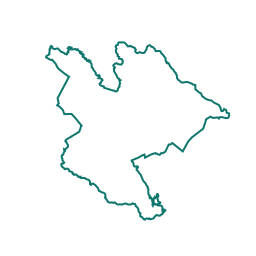 outline of Asūnes pag., Dagdas, Latvia, rotated 193°
{"feature_id": "27541924B76064426584582", "entity_name": "Asūnes pag.", "entity_type": "district", "adm_level": 2, "iso_a3": "LVA", "parent_name": "Latvia", "parent_adm1": "Dagdas", "projection": "albers", "projection_center": [27.598, 56.039], "detail": "fine", "context": "isolated", "style": "outline", "palette": "teal", "viewbox_px": 256, "rotation_deg": 193, "n_neighbors": 0, "source": "geoboundaries", "source_scale": "gbopen_adm2", "svg_char_len": 5773}
<svg xmlns="http://www.w3.org/2000/svg" viewBox="0 0 256 256"><g transform="rotate(193 128 128)"><path d="M203.3,141.2L201.0,136.4L202.1,134.2L199.8,133.5L196.7,131.7L195.4,130.7L193.2,127.2L186.1,129.0L180.9,125.4L173.8,119.8L174.3,119.5L174.2,117.3L174.7,113.3L185.8,102.6L186.1,101.8L185.9,100.8L184.9,100.7L184.4,99.6L182.6,97.8L182.3,96.8L182.5,95.7L184.1,93.7L184.2,92.1L185.4,92.7L184.7,90.8L185.2,88.7L185.1,87.5L186.1,86.9L186.3,85.8L186.0,84.5L184.9,83.3L184.8,82.0L182.5,80.0L183.0,79.5L182.9,78.9L184.6,78.4L184.9,77.8L184.4,76.4L183.3,75.3L181.9,74.8L180.4,73.7L179.6,73.9L179.1,74.5L177.5,74.8L176.1,73.9L175.4,72.6L173.2,72.7L171.8,72.0L171.9,71.4L171.5,70.8L170.5,70.8L170.0,70.2L169.1,70.8L167.8,71.0L165.8,69.4L165.2,69.8L164.5,69.2L163.4,69.7L163.5,69.0L162.7,68.7L158.9,69.6L157.3,68.8L154.5,68.6L153.0,67.1L152.5,65.8L152.4,64.8L151.8,64.3L151.2,64.3L150.7,65.4L149.6,66.0L147.0,65.0L143.6,62.6L142.1,60.2L141.0,60.2L139.2,59.3L137.3,59.5L135.6,58.7L135.0,57.9L134.7,55.6L134.2,55.2L134.5,54.8L133.8,54.1L132.1,52.9L130.9,51.4L128.5,51.2L126.9,52.0L125.4,51.7L124.2,52.6L122.2,51.4L120.4,51.2L118.6,51.9L117.1,51.9L113.5,53.9L110.5,53.5L107.5,54.4L106.5,55.7L105.2,55.3L103.9,55.5L103.4,54.9L102.8,53.5L101.2,52.8L100.0,51.8L98.7,48.8L96.7,47.6L96.6,47.4L96.8,46.6L96.3,46.0L96.3,45.0L96.0,44.6L94.1,44.3L92.3,42.8L91.2,42.4L90.8,42.6L90.5,43.5L89.4,44.1L87.2,44.0L86.8,44.7L85.7,44.1L83.0,45.5L82.5,46.1L82.5,46.6L82.1,46.9L81.8,48.1L80.4,49.8L78.7,49.4L77.0,49.9L76.3,51.1L75.2,51.7L74.9,52.8L75.7,54.8L74.1,54.3L73.1,56.2L73.9,56.7L75.3,56.6L76.3,57.2L76.5,57.5L76.6,58.6L77.9,59.8L82.0,59.3L82.3,60.0L82.3,60.3L80.0,61.7L79.8,62.7L82.0,63.1L82.3,64.0L83.3,65.5L83.5,66.4L83.1,68.9L84.4,70.4L84.7,70.3L85.0,69.4L84.7,68.3L86.0,65.4L86.3,65.3L86.7,66.0L87.0,64.5L87.7,64.6L87.9,64.3L86.6,62.7L86.8,61.7L86.3,61.4L86.3,61.0L84.8,60.1L83.6,60.0L84.0,59.6L86.0,59.4L86.2,59.0L86.3,57.9L87.0,58.7L87.0,59.1L86.6,59.3L87.0,60.9L87.7,61.7L88.4,63.3L90.1,65.6L90.5,65.7L91.0,64.7L91.5,65.2L91.6,65.5L91.3,66.2L91.7,67.2L93.0,67.7L93.9,70.3L94.3,72.8L95.4,73.9L95.3,74.6L95.6,75.1L97.4,76.6L98.4,78.0L101.2,79.9L105.3,85.5L106.3,86.0L109.1,88.6L110.3,89.2L110.4,90.7L109.4,91.7L109.8,92.6L110.8,92.7L112.7,91.9L113.5,92.2L114.2,93.2L114.6,94.6L115.9,96.1L116.5,96.2L117.1,96.8L117.1,97.3L111.4,101.3L108.0,104.5L106.0,105.8L104.7,102.9L99.8,107.2L95.7,109.7L95.3,109.3L94.0,109.5L92.9,109.0L91.1,109.0L90.0,111.0L88.5,111.2L86.3,113.3L84.6,121.0L82.8,121.6L81.4,123.3L69.4,117.5L66.3,128.5L64.9,131.0L63.6,133.3L54.6,144.2L53.9,151.6L53.9,153.9L53.8,154.1L50.2,157.6L47.5,156.9L42.7,158.5L41.5,157.7L40.9,159.2L39.1,159.7L34.5,159.7L32.7,160.4L32.2,163.1L33.0,165.0L35.2,165.0L36.5,167.6L38.7,168.1L38.8,167.2L39.5,165.8L40.8,165.5L42.0,167.6L42.3,168.4L44.7,170.9L50.0,172.1L53.1,173.7L54.7,173.3L57.2,173.6L59.4,174.0L60.6,174.9L61.8,175.1L63.4,176.2L64.2,177.7L65.1,178.4L66.9,178.6L68.2,179.5L70.7,180.6L71.4,181.8L71.6,183.2L72.1,185.0L73.9,184.9L76.8,185.8L80.9,186.2L85.4,184.4L86.8,184.7L88.4,185.7L89.5,186.0L91.4,187.5L92.4,190.7L93.2,191.1L94.1,192.7L95.6,193.3L97.0,195.1L98.5,195.7L100.8,197.5L102.8,200.1L104.1,200.6L104.3,199.9L105.1,200.1L105.9,201.7L106.7,202.5L107.0,204.3L110.8,207.5L112.3,208.2L113.6,210.0L114.9,210.1L118.3,209.1L118.8,209.6L119.2,210.6L121.4,212.1L122.1,212.5L123.4,212.4L124.8,213.4L125.6,213.6L127.2,212.2L127.7,211.3L127.7,209.1L128.6,205.9L129.2,204.8L131.3,204.3L133.9,204.5L135.2,203.2L136.3,203.1L138.1,204.0L138.3,204.7L138.0,206.2L139.5,207.1L139.5,207.5L141.3,208.0L141.9,207.8L142.6,208.2L144.4,208.6L144.8,207.9L145.7,207.9L146.3,207.5L150.0,210.1L151.4,210.5L156.3,209.3L156.6,208.8L156.7,206.6L158.1,205.9L158.2,205.6L158.1,204.9L158.3,204.4L157.0,202.6L157.4,201.0L156.5,198.8L154.4,197.3L154.4,195.8L152.5,195.1L152.3,193.5L149.5,193.7L149.1,193.5L148.6,192.3L148.1,192.0L148.2,191.5L147.8,190.4L148.8,188.3L151.2,188.0L152.6,188.1L153.6,188.6L155.0,187.8L156.2,186.3L156.4,185.7L155.8,184.6L154.5,184.3L154.4,183.8L154.6,182.9L155.1,182.5L154.6,181.3L154.4,180.2L150.9,176.7L149.9,175.0L148.6,174.0L147.7,173.9L147.5,173.2L146.2,172.9L146.9,172.1L145.7,169.5L145.9,169.3L146.0,167.1L145.5,166.4L145.9,166.0L146.5,164.3L146.6,162.5L146.8,161.7L147.9,160.9L148.6,160.8L149.5,161.3L150.5,161.1L160.3,161.8L160.9,163.1L162.4,163.0L165.1,163.7L165.5,164.2L165.6,165.1L164.5,166.1L164.6,167.3L163.6,168.7L164.0,169.5L165.5,170.1L167.8,169.9L167.3,170.7L167.1,171.9L167.8,173.0L168.6,172.8L168.5,172.0L169.0,171.8L171.1,172.8L171.6,173.2L171.6,173.9L172.1,174.8L174.9,177.0L175.7,178.4L177.0,179.0L177.8,182.0L179.7,183.7L179.7,184.5L181.0,184.0L181.1,184.8L181.6,184.3L182.7,184.2L182.8,184.4L182.3,184.8L182.4,185.1L183.4,184.5L184.5,186.3L184.8,186.3L185.2,185.7L185.4,185.7L185.3,186.3L185.6,186.5L186.2,186.5L187.2,187.2L188.2,187.1L188.4,187.5L187.6,188.5L187.6,189.1L188.5,189.2L188.4,189.7L188.8,190.1L190.3,189.6L191.2,190.0L190.6,190.8L190.5,191.4L192.0,190.9L192.2,191.2L192.1,191.9L193.5,192.1L194.6,193.4L194.9,193.4L195.3,192.6L196.1,192.6L196.3,192.9L197.3,193.1L200.2,191.8L201.7,191.9L201.7,192.4L201.0,193.1L201.0,193.6L203.7,193.7L204.2,193.0L204.2,192.4L204.5,192.1L203.2,191.4L203.1,190.6L203.7,189.7L203.6,189.2L203.2,189.0L203.1,188.6L203.4,188.4L203.3,188.2L203.6,188.0L203.7,187.6L204.0,187.7L204.0,186.7L204.2,186.4L204.1,186.0L204.3,185.8L205.0,186.1L205.8,185.9L206.1,186.3L209.0,187.2L210.2,187.1L214.2,189.7L215.0,189.5L217.0,188.4L218.1,188.4L220.0,189.1L220.2,189.4L220.2,190.1L220.7,190.6L221.1,190.7L221.9,190.0L221.6,187.7L222.2,187.1L221.7,186.1L221.7,184.5L221.4,183.0L221.7,182.1L221.4,181.9L223.8,179.5L223.7,178.4L218.8,176.9L217.3,177.5L212.8,174.2L210.5,171.2L208.9,170.0L201.4,166.4L197.0,164.7L203.3,141.2Z" fill="none" stroke="#0f766e" stroke-width="2"/></g></svg>